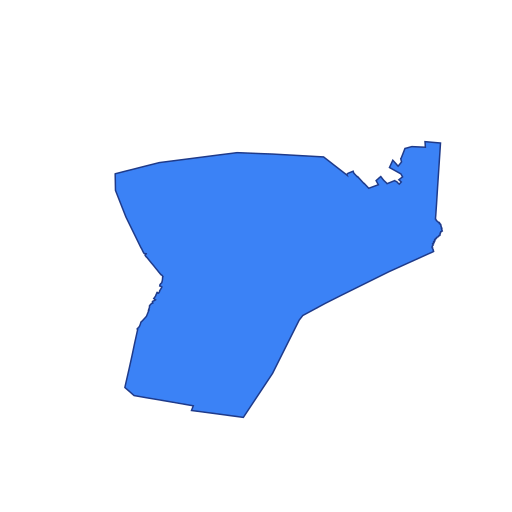 Cranendonck, Noord-Brabant, Netherlands, rotated 23°
{"feature_id": "6326949B25939661204192", "entity_name": "Cranendonck", "entity_type": "district", "adm_level": 2, "iso_a3": "NLD", "parent_name": "Netherlands", "parent_adm1": "Noord-Brabant", "projection": "natural_earth1", "projection_center": [5.605, 51.287], "detail": "fine", "context": "isolated", "style": "filled", "palette": "blue", "viewbox_px": 512, "rotation_deg": 23, "n_neighbors": 0, "source": "geoboundaries", "source_scale": "gbopen_adm2", "svg_char_len": 4898}
<svg xmlns="http://www.w3.org/2000/svg" viewBox="0 0 512 512"><g transform="rotate(23 256 256)"><path d="M381.7,79.9L366.9,84.7L369.4,89.7L356.7,94.4L354.4,96.2L353.2,97.2L351.1,98.8L351.3,104.9L351.4,109.1L351.2,109.8L351.9,110.8L353.2,112.5L353.1,113.0L352.7,114.4L352.1,116.4L351.7,117.8L349.6,116.8L349.6,116.7L344.5,114.4L344.3,122.4L357.3,123.8L360.0,125.9L359.8,126.2L357.7,130.0L360.8,131.1L359.8,133.9L358.1,133.3L357.7,133.2L357.1,132.8L356.7,132.7L356.4,132.6L356.0,132.6L355.6,132.6L355.0,132.6L354.7,132.6L354.3,132.5L354.2,132.4L348.4,138.2L347.8,137.9L347.4,137.7L344.4,136.6L342.8,135.8L339.8,134.1L339.3,135.1L338.9,135.7L338.5,136.8L338.3,137.2L337.9,137.9L337.5,138.8L337.1,139.7L340.8,142.6L333.3,149.6L327.2,146.9L327.0,147.1L318.5,143.2L318.2,143.5L314.1,141.7L313.5,141.3L313.2,141.1L312.3,140.0L308.8,143.5L308.7,143.7L308.1,144.3L308.0,144.7L307.9,145.0L307.9,145.3L307.9,145.5L308.0,145.7L308.1,145.9L308.2,146.0L291.1,141.5L289.3,141.0L288.2,140.7L279.5,138.4L231.1,155.8L226.4,157.6L220.1,160.0L204.7,165.8L202.3,166.7L198.4,168.2L197.8,168.5L197.1,168.9L193.7,170.9L183.5,176.8L163.0,188.8L158.4,191.5L143.0,200.5L130.5,207.8L114.4,220.0L108.8,224.3L103.2,228.5L98.5,232.1L94.3,235.3L94.4,235.7L101.0,250.5L121.0,270.9L146.6,293.1L148.1,294.2L148.8,294.8L149.6,295.6L150.7,296.4L150.8,296.6L151.3,296.9L152.0,297.4L152.3,297.4L152.8,297.3L153.1,297.2L153.5,297.0L153.7,296.9L154.0,296.8L154.0,297.1L153.6,298.6L153.9,298.9L155.5,299.8L155.7,299.7L159.6,301.8L162.8,303.5L163.9,304.0L165.0,304.6L165.3,304.7L165.6,304.9L168.9,306.7L169.9,307.2L170.3,307.4L170.5,307.5L170.9,307.7L171.0,307.8L171.6,308.1L171.9,308.3L172.6,308.7L173.1,308.9L173.2,309.0L173.4,309.1L173.7,309.2L173.9,309.3L174.3,309.6L174.7,309.7L174.9,309.9L175.2,310.0L175.5,310.1L175.9,310.4L176.2,310.3L176.4,310.3L176.8,310.5L177.0,310.5L177.3,310.6L177.5,310.8L177.8,310.9L178.0,311.1L178.1,311.3L178.2,311.5L178.4,311.5L178.4,311.8L178.4,312.2L178.5,312.5L178.6,312.8L178.7,313.0L179.2,314.6L179.2,314.9L179.4,315.3L179.5,315.8L179.5,316.3L179.5,316.6L179.6,316.8L179.7,317.2L179.7,317.4L179.5,317.8L179.5,318.0L179.1,318.7L179.0,319.0L179.0,319.4L178.8,319.9L178.9,320.2L179.0,320.4L179.0,320.7L179.1,321.2L180.6,321.1L181.1,321.1L181.4,321.2L181.4,321.5L181.5,322.0L181.4,322.5L181.3,323.1L181.2,323.8L181.1,324.5L181.0,325.2L180.9,325.8L181.1,326.2L181.1,326.6L181.1,327.3L181.0,327.7L180.7,328.4L180.5,328.5L180.3,328.4L179.8,328.2L179.5,328.1L179.3,328.1L179.2,328.1L179.1,328.4L179.1,328.5L179.2,328.9L179.3,329.4L179.2,329.7L179.1,330.0L179.2,330.6L179.1,330.8L179.1,331.0L179.2,331.8L179.2,332.1L179.1,332.5L179.0,333.0L178.8,333.9L178.5,335.1L180.6,335.6L180.2,336.2L179.6,337.0L179.3,337.3L179.0,337.6L178.8,337.8L178.5,338.3L178.5,338.6L178.7,338.9L179.4,339.6L178.5,340.5L178.2,341.0L177.6,342.7L177.4,343.4L178.0,344.9L178.2,347.8L178.6,347.7L178.7,352.8L178.7,354.4L176.7,360.1L175.9,361.8L176.2,364.0L176.2,366.5L175.1,369.6L175.8,369.9L178.3,383.4L180.7,395.6L183.0,407.9L186.4,426.9L186.7,428.3L198.3,432.1L210.0,429.4L233.6,423.8L256.8,418.4L257.0,423.4L307.4,409.5L317.1,357.6L320.2,307.7L320.8,298.2L322.3,292.5L338.3,272.5L349.9,258.8L384.6,218.4L413.9,186.6L416.0,184.4L417.6,182.6L417.7,182.4L417.7,182.2L417.4,182.0L417.0,181.7L416.5,180.8L415.9,180.4L415.4,179.8L415.4,179.6L415.1,179.6L414.9,179.6L414.5,178.8L414.5,178.7L414.6,178.4L414.4,178.0L414.4,177.9L414.8,177.0L414.8,176.9L414.7,176.7L414.4,176.3L414.3,176.2L413.9,176.0L413.8,175.8L414.6,175.3L414.4,175.0L414.3,174.9L414.7,174.1L414.4,173.9L414.0,173.9L413.9,173.6L413.9,173.4L414.0,173.3L414.2,173.1L414.4,172.9L414.7,172.7L414.6,172.3L414.6,172.0L414.6,171.8L414.6,171.6L414.4,171.5L414.1,171.5L414.1,171.0L414.2,170.9L414.3,170.9L414.5,170.7L414.5,170.4L414.4,170.2L414.5,170.0L414.7,169.9L414.9,169.8L415.0,169.7L414.9,169.5L414.8,169.3L414.8,169.2L414.9,168.9L415.0,168.8L415.2,168.7L415.1,168.4L415.2,168.2L415.3,168.0L415.4,167.9L415.9,167.5L416.0,167.4L416.1,167.2L416.2,166.6L416.5,166.3L416.6,166.1L416.6,165.9L416.5,165.6L416.6,165.4L417.2,165.1L417.1,164.5L416.7,163.6L416.9,163.2L416.6,162.6L416.6,162.4L416.8,162.0L416.7,161.8L416.7,161.7L416.6,161.4L416.9,161.2L417.0,161.1L417.1,160.9L417.3,160.8L417.4,160.6L417.5,160.5L417.7,160.2L416.9,159.4L416.6,159.1L416.6,158.6L416.6,158.4L416.0,158.3L415.9,158.2L415.8,157.3L415.7,157.2L415.1,156.9L414.9,156.7L414.8,156.3L414.6,156.2L414.4,156.0L414.3,155.8L414.3,155.6L414.2,155.4L414.0,155.2L413.6,155.0L413.6,154.9L413.6,154.7L413.4,154.6L413.1,154.5L412.6,154.5L412.4,154.5L412.4,154.4L412.3,154.2L412.2,154.0L412.1,153.9L411.9,153.7L411.7,153.6L411.6,153.8L411.4,153.9L411.1,153.9L410.6,153.7L410.2,153.5L410.0,153.4L409.8,153.3L408.5,153.0L408.1,152.8L408.0,152.7L407.7,152.4L407.3,152.0L407.2,151.9L406.9,151.8L406.7,151.8L405.7,148.7L401.9,137.7L395.9,120.7L387.9,97.7L381.7,79.9Z" fill="#3b82f6" stroke="#1e3a8a" stroke-width="1.5"/></g></svg>